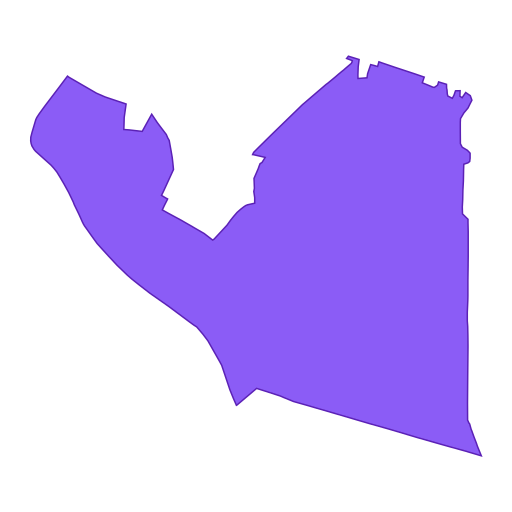 the district of Dong Da, Ha Noi, Vietnam
{"feature_id": "81297802B63935781650096", "entity_name": "Dong Da", "entity_type": "district", "adm_level": 2, "iso_a3": "VNM", "parent_name": "Vietnam", "parent_adm1": "Ha Noi", "projection": "robinson", "projection_center": [105.824, 21.015], "detail": "fine", "context": "isolated", "style": "filled", "palette": "violet", "viewbox_px": 512, "rotation_deg": 0, "n_neighbors": 0, "source": "geoboundaries", "source_scale": "gbopen_adm2", "svg_char_len": 3246}
<svg xmlns="http://www.w3.org/2000/svg" viewBox="0 0 512 512"><path d="M67.5,76.1L58.4,88.2L44.8,106.1L39.2,113.8L36.8,117.5L35.8,119.6L32.0,132.5L30.8,137.2L30.7,140.8L31.1,143.4L31.9,145.9L34.0,149.4L35.6,151.3L51.0,165.1L53.8,168.2L56.9,172.1L59.6,176.5L63.9,183.8L68.7,192.5L73.2,201.9L74.4,205.0L74.9,206.0L77.4,211.1L78.8,214.0L80.3,217.3L82.3,221.8L82.9,223.0L83.5,224.2L84.5,225.9L87.1,229.5L91.9,236.3L97.1,243.5L102.7,249.7L108.9,256.5L117.3,265.5L127.6,275.4L132.0,279.2L138.9,284.7L150.0,293.3L168.4,306.2L190.0,322.3L194.3,325.4L195.3,326.0L196.7,326.9L203.0,334.3L207.9,340.8L211.3,346.8L219.8,361.8L221.7,365.3L229.9,389.8L233.4,398.4L235.9,404.1L236.4,405.3L237.0,405.0L256.6,388.4L264.5,390.9L280.3,396.0L282.4,396.9L283.0,397.2L293.5,401.5L308.0,405.6L315.8,407.9L337.1,414.1L369.8,423.7L388.3,428.9L413.5,436.4L414.2,436.6L416.8,437.4L439.6,443.9L451.7,447.3L466.9,451.5L467.4,451.7L468.1,451.9L475.2,454.0L479.2,455.2L481.3,455.8L477.4,446.2L476.4,443.2L474.0,437.0L471.7,430.6L471.2,429.5L469.7,424.1L469.5,423.7L469.2,423.2L468.7,422.8L468.6,422.5L468.5,422.2L468.4,421.8L468.3,421.4L467.6,420.3L467.5,403.0L467.7,376.7L467.8,366.0L468.0,346.2L467.9,335.7L467.7,326.3L467.3,320.9L467.3,312.3L467.8,300.7L467.9,296.0L467.9,279.9L468.1,265.9L468.1,263.9L468.2,256.7L468.2,254.3L468.2,248.5L468.2,244.5L468.2,236.1L468.2,231.7L468.1,227.8L468.0,222.7L468.0,219.3L462.5,213.9L462.3,206.9L462.7,199.8L462.9,190.3L463.4,181.0L463.5,175.6L463.6,169.5L463.8,164.2L467.9,162.9L469.7,161.5L470.1,158.2L470.1,153.2L469.6,152.6L467.4,150.3L462.2,147.2L460.4,143.7L460.3,131.6L460.3,122.4L460.5,118.6L463.9,112.9L468.0,108.0L470.1,103.7L471.9,100.2L470.3,95.7L465.7,92.5L462.1,97.7L459.9,96.2L460.1,90.7L455.5,90.8L453.9,95.4L452.3,98.3L447.8,96.0L447.3,93.9L447.0,89.9L446.6,88.1L446.5,84.3L438.6,81.9L437.6,85.1L436.1,86.2L434.3,87.4L433.0,87.2L432.5,87.0L429.7,85.8L422.3,82.8L424.2,77.1L414.6,73.8L394.6,67.2L381.7,62.8L379.8,62.1L378.9,61.8L377.6,66.5L374.2,65.5L370.7,64.6L367.6,73.7L367.0,77.8L358.0,78.5L357.9,75.1L358.2,66.7L359.1,59.5L348.4,56.2L346.6,58.5L350.4,59.9L352.3,60.7L351.9,62.3L351.3,63.4L351.1,63.6L349.8,64.7L347.9,66.3L345.9,68.0L344.4,69.3L343.9,69.8L343.4,70.2L342.4,71.0L342.1,71.2L341.0,72.1L340.2,72.8L339.2,73.6L338.6,74.1L335.5,76.8L327.9,83.1L326.1,84.4L303.7,103.6L302.4,104.7L271.6,134.6L258.4,147.6L253.7,152.3L252.9,153.9L252.6,154.6L253.5,154.7L260.9,156.4L264.3,157.2L264.8,157.3L265.2,157.4L263.6,159.9L262.0,162.5L260.1,163.6L259.3,165.6L258.2,168.7L257.0,171.5L255.4,175.2L254.0,178.4L254.3,186.0L254.4,188.3L253.8,191.5L254.7,197.7L254.7,203.2L247.5,204.8L245.6,205.6L243.7,206.9L240.6,209.3L237.1,212.4L233.8,216.2L230.5,220.3L227.0,225.2L214.0,239.2L212.7,240.1L204.4,233.7L203.8,233.3L203.1,232.9L194.1,227.7L191.6,226.2L185.8,222.9L182.7,221.1L181.5,220.4L172.8,215.7L168.0,213.1L162.3,209.9L164.4,205.4L167.4,199.5L167.6,198.9L165.8,198.0L163.7,196.7L161.5,195.4L163.7,190.9L173.5,169.5L172.8,162.5L172.2,157.3L170.9,149.8L169.2,140.4L167.8,138.0L166.3,134.5L160.9,127.4L157.3,122.6L151.7,114.2L142.2,131.4L129.1,129.9L123.8,129.5L124.0,125.0L124.2,117.5L126.1,104.0L107.3,97.7L105.0,96.9L96.5,93.2L75.8,81.2L68.9,77.2L67.5,76.1Z" fill="#8b5cf6" stroke="#5b21b6" stroke-width="1.5"/></svg>